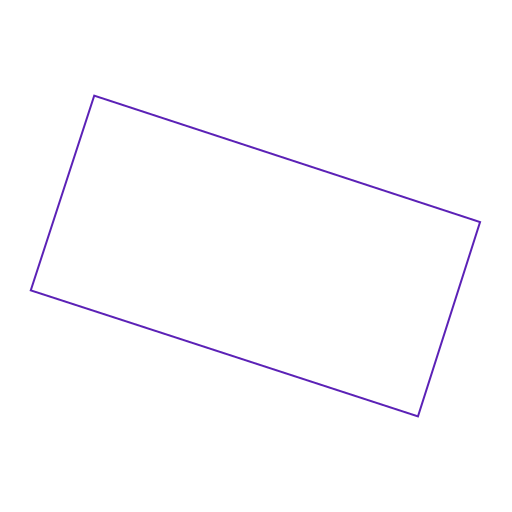 the district of Faulk, South Dakota, United States of America, rotated 18°
{"feature_id": "52423323B83189995296662", "entity_name": "Faulk", "entity_type": "district", "adm_level": 2, "iso_a3": "USA", "parent_name": "United States of America", "parent_adm1": "South Dakota", "projection": "robinson", "projection_center": [-99.132, 45.071], "detail": "fine", "context": "isolated", "style": "outline", "palette": "violet", "viewbox_px": 512, "rotation_deg": 18, "n_neighbors": 0, "source": "geoboundaries", "source_scale": "gbopen_adm2", "svg_char_len": 247}
<svg xmlns="http://www.w3.org/2000/svg" viewBox="0 0 512 512"><g transform="rotate(18 256 256)"><path d="M176.5,358.3L459.6,358.5L458.6,154.5L456.3,154.5L52.6,153.5L52.4,358.3L176.5,358.3Z" fill="none" stroke="#5b21b6" stroke-width="2"/></g></svg>